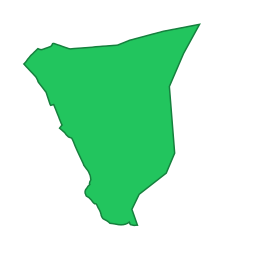 Nasr City, Al Qahirah, Egypt, rotated 349°
{"feature_id": "37247803B64528254011318", "entity_name": "Nasr City", "entity_type": "district", "adm_level": 2, "iso_a3": "EGY", "parent_name": "Egypt", "parent_adm1": "Al Qahirah", "projection": "robinson", "projection_center": [31.337, 30.032], "detail": "fine", "context": "isolated", "style": "filled", "palette": "green", "viewbox_px": 256, "rotation_deg": 349, "n_neighbors": 0, "source": "geoboundaries", "source_scale": "gbopen_adm2", "svg_char_len": 4351}
<svg xmlns="http://www.w3.org/2000/svg" viewBox="0 0 256 256"><g transform="rotate(349 128 128)"><path d="M92.1,218.1L94.0,218.7L94.9,219.0L96.8,219.7L98.3,220.3L99.1,220.6L100.0,221.0L101.9,221.5L103.4,221.8L105.3,222.0L106.4,221.9L107.1,221.9L108.0,221.7L108.7,221.6L109.5,221.4L110.3,221.1L110.9,220.8L111.2,220.6L111.3,221.0L111.5,221.3L111.5,221.7L111.6,222.4L111.9,223.0L112.0,223.3L115.4,224.8L117.6,225.0L118.7,225.2L116.3,208.6L126.3,195.2L156.9,179.6L169.0,161.6L174.1,116.5L176.5,95.2L180.5,89.3L196.8,65.4L218.0,39.9L181.4,39.8L179.3,39.9L177.8,40.1L175.3,40.2L172.9,40.4L170.2,40.5L167.8,40.7L163.6,41.0L161.1,41.2L157.7,41.4L155.2,41.6L151.9,41.8L149.7,42.0L147.4,42.1L146.4,42.2L146.0,42.2L145.7,42.3L144.9,42.5L143.2,42.8L140.8,43.3L139.2,43.6L137.0,44.0L135.3,44.3L133.9,44.6L133.3,44.6L132.9,44.6L132.0,44.5L131.0,44.4L129.7,44.2L126.8,43.9L125.4,43.7L122.3,43.4L118.8,42.9L115.7,42.6L114.2,42.4L111.9,42.1L111.7,42.1L110.5,42.0L108.4,41.9L108.2,41.9L105.9,41.6L103.2,41.3L100.0,40.9L96.5,40.5L90.2,39.7L89.2,39.6L86.7,39.4L85.8,39.1L85.1,38.8L84.3,38.4L83.9,38.1L81.7,36.9L80.4,36.1L80.1,36.0L79.8,35.8L79.7,35.7L79.4,35.6L79.0,35.3L76.9,34.0L74.6,32.8L74.0,32.4L73.8,32.3L73.5,32.1L73.1,31.9L72.2,31.3L72.0,31.2L71.2,30.8L70.9,30.8L70.7,30.8L70.1,30.8L70.0,31.0L69.9,31.1L69.7,31.3L69.6,31.6L69.4,31.8L69.2,32.0L69.0,32.3L68.9,32.3L68.8,32.5L68.7,32.5L68.4,32.8L68.2,32.9L68.0,33.0L67.9,33.0L67.7,33.1L67.3,33.3L67.2,33.3L66.9,33.4L66.7,33.4L66.4,33.4L66.3,33.5L65.8,33.5L65.6,33.6L65.3,33.6L65.2,33.6L64.9,33.7L64.7,33.7L64.3,33.8L64.1,33.8L63.9,33.8L63.7,33.9L63.2,33.9L62.8,34.0L62.6,34.0L62.4,34.0L62.2,34.1L61.8,34.1L61.6,34.2L61.3,34.2L61.2,34.2L61.1,34.3L60.9,34.3L60.7,34.3L60.4,34.4L60.2,34.4L59.9,34.4L59.7,34.5L59.4,34.5L59.2,34.5L58.9,34.6L58.7,34.6L58.4,34.6L58.1,34.6L57.9,34.5L57.7,34.5L57.4,34.4L57.1,34.3L56.9,34.3L56.8,34.2L56.7,34.2L56.4,34.1L56.2,33.9L55.9,33.8L55.9,33.7L55.7,33.6L55.4,33.4L55.1,33.2L54.9,33.0L54.7,32.9L51.8,34.8L50.5,35.6L48.7,36.9L46.6,38.1L46.4,38.3L45.5,39.0L44.4,40.0L44.1,40.2L43.6,40.6L42.8,41.2L41.5,42.5L40.9,43.1L40.2,43.7L39.5,44.2L38.4,45.1L38.0,45.3L39.2,47.3L39.9,48.5L40.9,50.0L41.4,50.8L41.8,51.5L42.2,52.1L42.5,52.6L42.7,53.0L43.0,53.3L43.2,53.6L43.4,54.0L43.6,54.4L44.1,55.1L45.6,57.5L46.0,58.2L46.5,59.0L47.0,59.7L47.0,59.8L47.2,60.0L47.3,60.2L47.3,60.3L47.5,60.9L47.7,61.3L47.8,61.7L47.9,62.1L48.0,62.5L48.2,62.9L48.2,63.0L48.3,63.1L48.3,63.5L48.4,63.8L48.5,64.0L48.4,64.1L48.5,64.8L48.5,65.1L48.6,65.3L48.6,65.5L48.7,65.8L48.8,66.0L48.9,66.3L49.0,66.5L51.7,71.8L53.8,76.1L53.9,76.3L54.0,76.4L54.1,76.5L54.2,76.8L54.3,77.0L54.4,77.3L54.4,77.5L54.5,77.7L54.5,77.9L54.5,78.0L54.6,78.3L54.6,78.8L54.7,79.2L54.7,79.5L56.0,89.8L56.1,90.0L56.2,90.3L56.3,90.5L56.3,90.8L56.4,91.0L59.5,90.8L60.0,93.1L60.2,94.1L60.3,94.6L60.8,97.2L61.5,101.0L62.1,103.9L62.3,105.3L62.5,106.5L62.6,106.9L62.7,107.3L63.0,108.9L63.3,110.5L63.4,110.9L63.5,111.2L63.6,111.6L63.6,111.9L63.6,112.0L63.7,112.4L63.8,112.5L63.1,113.1L60.8,115.1L61.9,116.5L62.9,117.7L63.2,118.2L63.6,118.7L64.0,119.1L64.3,119.6L64.6,119.9L64.7,120.1L64.9,120.4L65.1,120.7L65.3,121.1L65.6,121.8L65.9,122.5L66.0,122.7L66.3,123.2L66.4,123.3L66.5,123.5L67.1,124.3L67.4,124.7L67.5,125.0L67.9,125.3L68.0,125.4L68.1,125.6L68.3,125.7L68.4,125.8L68.6,125.9L68.9,126.1L69.1,126.2L69.7,126.5L69.8,126.6L70.0,126.7L70.1,126.8L70.4,126.9L70.5,127.0L70.8,127.3L70.9,127.5L71.0,127.7L71.0,127.8L71.1,128.2L71.3,128.9L71.5,129.4L71.5,129.8L71.7,130.5L71.8,130.8L72.1,132.5L72.5,134.7L72.8,136.2L73.2,137.9L73.5,139.3L74.6,143.8L77.2,154.1L77.3,154.5L77.4,155.2L77.5,156.1L79.2,159.7L79.6,160.5L80.0,161.2L80.4,162.0L81.0,163.6L81.5,166.1L81.7,166.8L81.8,167.5L81.8,167.8L81.8,169.4L81.7,170.2L81.7,170.8L81.7,171.7L81.3,172.2L80.5,173.3L80.2,173.6L79.9,174.4L79.7,174.9L79.5,175.4L79.5,175.6L79.6,175.8L79.8,176.0L79.6,176.3L79.0,176.7L78.2,177.2L77.7,177.5L77.1,178.1L76.3,179.0L75.7,179.5L74.7,180.4L74.2,181.1L74.2,181.4L73.8,182.0L73.7,182.5L73.6,183.0L73.5,183.5L73.5,183.9L73.7,184.7L73.8,185.5L74.1,186.8L76.4,188.9L78.2,191.6L79.1,193.5L79.8,194.8L80.8,196.0L81.5,196.1L81.9,196.2L82.3,196.5L82.8,197.8L83.4,200.4L84.4,203.3L84.9,205.6L84.9,206.5L85.1,207.6L85.0,208.2L85.1,209.2L85.4,210.4L85.7,211.2L86.1,212.1L86.6,212.6L86.8,212.8L89.4,214.9L91.2,216.8L92.1,218.1Z" fill="#22c55e" stroke="#15803d" stroke-width="1.5"/></g></svg>